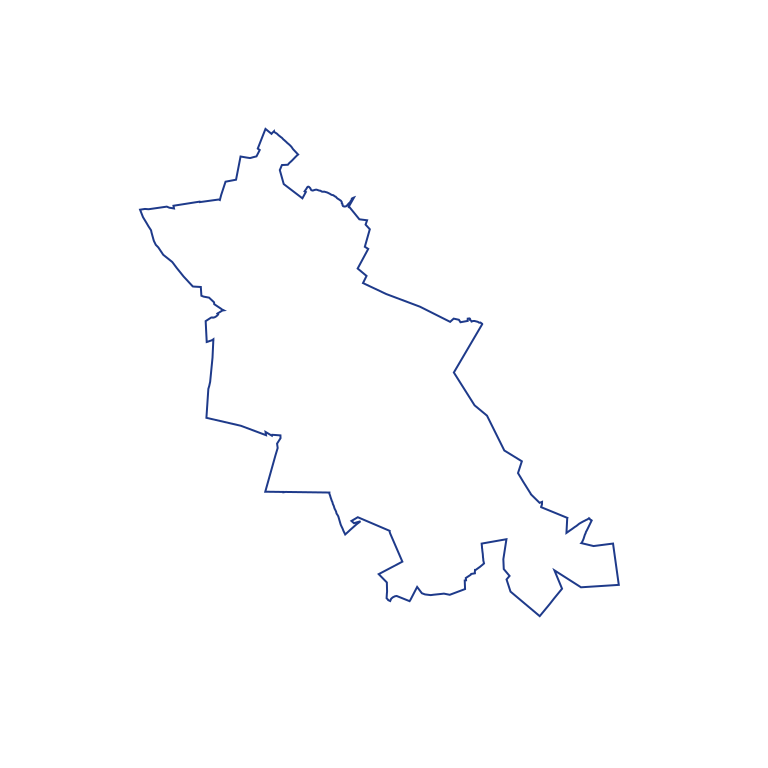 outline of Altamirano, Chiapas, Mexico, rotated 19°
{"feature_id": "50627088B24098372113049", "entity_name": "Altamirano", "entity_type": "district", "adm_level": 2, "iso_a3": "MEX", "parent_name": "Mexico", "parent_adm1": "Chiapas", "projection": "robinson", "projection_center": [-91.86, 16.673], "detail": "fine", "context": "isolated", "style": "outline", "palette": "blue", "viewbox_px": 768, "rotation_deg": 19, "n_neighbors": 0, "source": "geoboundaries", "source_scale": "gbopen_adm2", "svg_char_len": 5911}
<svg xmlns="http://www.w3.org/2000/svg" viewBox="0 0 768 768"><g transform="rotate(19 384 384)"><path d="M96.6,298.6L101.8,304.7L107.2,309.2L110.1,311.7L113.7,314.5L114.9,316.5L119.3,322.9L119.9,323.7L122.9,326.7L126.1,328.3L133.2,333.7L144.1,337.6L150.3,341.8L159.5,347.6L171.4,354.0L172.5,353.8L179.2,351.9L182.6,360.0L185.0,360.1L190.5,359.3L196.7,362.1L197.5,363.8L205.5,365.9L206.5,366.3L207.9,366.4L208.5,366.5L207.9,366.8L207.2,367.2L204.2,370.9L204.0,371.0L203.5,371.7L204.0,372.0L204.5,372.3L204.1,373.4L203.1,375.0L202.1,376.1L201.4,376.5L200.7,377.0L199.8,377.0L198.9,377.5L194.9,382.6L202.7,402.0L206.9,398.8L208.1,397.2L208.5,398.4L208.5,398.6L213.3,415.0L218.9,438.5L219.4,442.8L219.5,445.8L227.1,473.8L262.2,470.1L289.1,470.8L287.6,467.9L294.9,469.4L294.9,468.5L294.9,468.4L300.2,467.0L302.8,466.3L303.8,468.9L302.3,475.2L304.3,479.1L304.6,486.8L306.8,524.5L324.1,518.8L324.2,519.1L326.1,518.1L367.7,504.4L368.0,505.4L368.8,506.4L369.2,506.8L369.8,507.7L370.2,508.3L370.6,508.8L371.2,509.6L371.8,510.3L372.4,511.2L373.0,511.8L373.7,512.5L374.7,514.1L375.4,514.8L376.1,515.5L377.1,516.9L377.9,518.0L378.4,518.4L379.4,519.4L380.0,520.0L380.5,520.6L380.9,521.4L381.5,522.1L382.3,522.7L383.1,523.3L384.0,524.2L388.8,531.0L390.1,532.4L391.3,533.6L391.9,534.2L392.9,535.4L393.5,536.1L395.1,537.7L396.3,538.9L397.3,537.1L399.1,533.8L399.1,533.7L403.7,525.6L406.2,521.9L406.4,521.5L400.9,525.4L400.6,525.3L400.1,525.0L399.3,524.7L398.5,524.4L397.8,524.1L402.6,518.5L437.2,521.0L437.4,521.8L438.4,523.2L459.2,546.0L440.9,565.5L451.3,570.7L454.5,579.3L455.0,581.4L456.2,585.7L456.6,585.9L458.3,586.8L458.4,587.0L460.5,587.2L460.7,584.7L461.8,582.8L463.5,581.1L465.0,580.3L478.9,581.0L479.3,579.3L481.4,565.1L487.9,569.5L491.3,569.6L496.9,568.4L499.5,567.1L506.6,563.8L508.9,562.7L514.8,561.9L527.4,551.5L524.3,543.5L525.5,542.9L524.5,540.8L527.9,536.4L528.0,536.3L528.3,535.2L531.6,533.4L531.1,532.2L530.6,530.2L531.1,530.1L534.3,525.6L537.0,521.1L535.3,518.4L534.8,517.1L534.0,515.6L533.4,514.1L532.7,512.5L531.2,509.5L530.7,508.3L530.0,507.0L529.5,505.7L528.9,504.5L528.4,503.3L528.3,503.1L550.3,490.9L553.9,510.9L554.0,511.1L557.5,520.0L565.2,524.6L563.5,528.9L571.2,539.1L606.8,552.8L612.4,537.9L614.6,531.5L619.0,519.6L605.8,504.7L635.3,511.8L636.4,512.1L671.4,497.5L652.5,460.3L634.9,469.0L622.4,470.2L622.5,470.0L622.7,469.4L622.8,468.7L623.0,467.0L623.1,465.4L623.0,461.6L623.0,460.8L623.2,459.7L623.1,458.1L623.4,456.6L623.5,455.9L623.7,454.4L623.9,452.8L624.8,445.4L624.3,445.2L623.8,445.2L623.2,445.1L622.8,444.9L622.4,444.6L622.1,444.3L621.7,444.2L621.7,444.3L621.0,445.0L620.4,445.8L619.4,446.7L618.6,447.6L617.8,448.4L617.1,449.1L616.3,450.0L615.3,451.1L614.1,452.5L612.6,454.9L612.0,455.8L611.1,456.9L609.0,459.9L607.3,462.2L606.1,463.9L605.0,465.4L601.0,451.5L601.0,451.3L601.0,450.9L572.8,449.3L572.7,449.3L572.5,448.7L572.6,448.2L572.6,447.9L572.6,447.7L572.5,447.4L572.6,447.1L572.6,446.9L572.6,446.6L572.5,446.3L572.4,445.9L571.8,444.0L569.8,445.7L558.7,440.4L558.5,440.0L557.6,439.3L547.8,431.4L539.7,424.6L539.5,412.2L519.4,407.7L491.7,380.4L476.6,374.7L446.3,350.4L457.4,295.4L457.2,295.1L456.9,295.0L456.5,295.0L456.2,294.9L455.9,294.7L455.2,294.5L454.7,294.8L454.3,294.9L454.2,294.9L454.0,295.0L453.7,295.0L453.2,294.8L452.5,294.7L452.4,294.7L452.1,294.7L451.9,294.7L451.7,294.7L451.2,294.8L450.8,294.8L450.5,294.8L450.0,294.9L449.7,294.9L449.2,294.9L449.0,295.0L448.6,295.1L448.4,295.2L448.1,295.3L447.7,295.4L447.0,296.0L446.5,296.4L446.2,296.0L444.4,295.4L444.3,295.0L444.4,294.8L444.3,294.6L444.1,294.4L443.8,294.2L443.7,294.2L443.4,294.2L443.3,294.3L443.1,294.3L442.9,294.4L442.6,294.6L442.2,294.9L441.9,295.0L442.0,295.4L442.6,297.1L436.2,300.7L433.9,298.9L428.6,299.5L426.3,303.7L392.9,299.2L356.7,298.2L331.3,295.4L332.3,287.5L321.5,283.4L325.1,261.4L321.2,260.5L320.2,242.3L314.7,239.3L314.7,234.7L307.1,236.3L293.9,228.1L293.2,228.3L292.9,228.1L294.9,217.5L294.4,217.9L294.1,218.3L293.8,218.5L293.6,218.7L293.4,218.9L293.3,219.1L293.3,219.3L293.2,219.5L293.5,220.5L293.4,220.8L293.2,221.1L293.1,221.7L292.9,222.0L292.9,222.4L292.6,223.6L292.5,223.8L292.3,224.1L292.2,224.3L292.0,224.5L291.8,225.0L291.6,225.4L291.3,226.6L291.0,226.9L290.9,227.2L290.7,227.5L290.6,228.0L290.1,228.4L289.2,229.0L288.8,229.0L288.6,229.1L288.4,229.1L288.0,229.2L287.8,229.2L287.6,229.1L287.3,229.1L287.0,228.8L286.7,228.6L286.6,228.4L286.5,228.2L286.3,227.6L286.1,227.5L285.8,227.1L285.5,226.9L285.3,226.9L284.9,225.8L283.7,224.8L281.2,224.1L279.4,223.7L277.3,222.6L276.5,222.6L276.0,222.5L275.3,222.2L274.6,222.0L274.0,222.1L273.2,222.2L272.1,222.1L271.0,221.8L269.6,221.6L267.9,221.4L266.2,221.5L264.7,221.6L264.0,222.0L262.8,222.3L262.5,222.3L261.2,222.0L260.7,222.0L259.8,222.2L259.2,222.2L258.1,222.2L257.1,222.2L256.4,222.4L255.7,222.8L254.9,223.3L254.4,223.8L253.6,224.3L252.3,224.4L251.6,224.0L250.6,222.9L249.8,222.5L249.0,222.1L248.5,222.0L248.1,222.1L247.8,222.4L247.7,222.4L247.6,222.5L247.5,222.8L247.4,223.0L247.2,223.7L247.2,223.9L247.2,224.1L246.2,227.7L247.6,227.9L246.4,235.0L224.1,227.6L215.8,215.6L215.9,214.9L216.1,211.3L216.2,210.2L221.7,208.0L222.1,206.9L222.7,205.5L223.3,204.5L224.2,202.8L225.0,201.1L226.4,198.1L226.7,197.5L227.5,195.9L228.1,195.0L221.6,191.6L219.3,189.9L217.6,189.0L216.0,188.3L213.9,187.5L212.5,186.8L211.9,186.6L210.4,185.9L209.4,185.6L207.6,184.6L206.9,184.3L206.0,184.1L205.0,183.7L203.8,183.3L203.5,183.2L202.2,182.6L201.4,182.2L198.0,181.4L197.7,180.8L197.4,181.4L196.8,182.6L196.7,182.7L196.7,182.8L196.2,184.1L188.9,181.4L188.5,190.4L188.0,202.5L188.8,202.8L189.0,202.8L190.3,203.2L189.9,206.2L189.4,209.7L189.3,210.3L187.3,211.6L186.1,212.4L184.4,213.6L184.2,213.7L183.7,214.0L180.5,214.6L178.7,214.9L174.3,215.6L177.6,239.0L168.3,244.3L168.5,258.2L168.9,263.5L167.6,263.4L150.6,272.0L150.3,271.6L126.9,284.0L128.3,286.4L123.6,287.2L120.9,287.0L104.5,295.4L101.0,296.3L96.6,298.6Z" fill="none" stroke="#1e3a8a" stroke-width="2"/></g></svg>